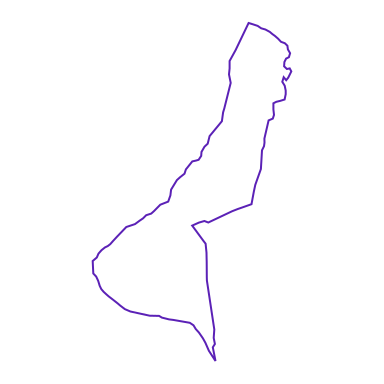 outline of Porto Real do Colégio, Alagoas, Brazil
{"feature_id": "56859067B64843662211438", "entity_name": "Porto Real do Colégio", "entity_type": "district", "adm_level": 2, "iso_a3": "BRA", "parent_name": "Brazil", "parent_adm1": "Alagoas", "projection": "natural_earth1", "projection_center": [-36.729, -10.115], "detail": "fine", "context": "isolated", "style": "outline", "palette": "violet", "viewbox_px": 384, "rotation_deg": 0, "n_neighbors": 0, "source": "geoboundaries", "source_scale": "gbopen_adm2", "svg_char_len": 1680}
<svg xmlns="http://www.w3.org/2000/svg" viewBox="0 0 384 384"><path d="M223.1,112.4L221.9,121.2L209.6,136.1L207.7,143.7L204.5,146.7L201.5,151.9L201.2,155.9L198.6,159.8L195.9,160.6L192.3,161.4L185.9,169.4L184.5,173.7L180.1,177.2L176.9,180.1L171.1,189.6L170.4,195.4L168.2,201.6L160.3,204.7L153.9,211.2L151.2,213.6L146.2,215.2L143.0,218.4L139.6,220.7L135.0,224.1L126.3,227.0L117.1,236.6L113.2,240.8L110.2,244.2L107.7,246.1L105.0,247.4L101.5,250.2L98.5,253.6L96.8,257.5L92.7,261.0L92.9,265.4L93.3,273.5L96.2,276.6L98.2,280.9L99.7,285.8L101.3,289.1L103.6,291.8L106.2,294.2L108.7,296.4L111.7,298.7L117.8,303.5L120.0,305.4L124.8,309.1L130.4,311.5L149.7,315.7L159.1,315.9L161.9,317.6L169.1,319.4L173.2,319.9L189.8,322.8L193.5,325.3L195.8,329.1L198.9,332.5L202.9,338.3L205.4,342.8L208.9,350.8L215.5,361.0L212.8,347.3L214.9,344.0L213.7,337.9L214.3,329.5L206.9,280.5L206.8,277.1L206.7,261.9L206.6,258.2L206.5,252.7L205.6,243.7L203.3,240.7L192.2,225.6L198.9,222.6L204.4,221.0L208.3,222.5L211.9,220.8L215.7,219.0L232.2,211.2L237.8,209.0L241.3,207.8L251.5,204.2L253.9,191.3L255.3,184.8L260.9,169.0L262.0,150.3L264.0,146.2L264.5,142.6L264.4,138.6L268.6,120.4L272.8,118.6L274.0,114.9L273.4,109.4L273.4,103.3L276.3,101.8L280.1,100.9L284.6,99.5L285.7,94.2L285.7,90.6L284.7,85.7L282.3,81.8L283.7,77.2L286.2,80.2L288.2,77.7L289.7,74.7L291.3,71.4L289.7,68.4L286.9,69.0L284.1,66.3L284.4,62.0L286.1,58.6L288.9,57.2L290.1,53.2L287.9,49.4L287.4,45.7L284.8,43.2L281.0,41.8L278.0,38.6L274.9,35.9L272.4,34.1L269.8,31.9L265.4,29.5L261.2,28.3L257.7,25.9L252.9,24.3L248.6,23.0L235.6,50.1L229.6,61.0L229.6,68.4L229.0,74.4L230.7,82.9L224.3,108.4L223.1,112.4Z" fill="none" stroke="#5b21b6" stroke-width="2"/></svg>